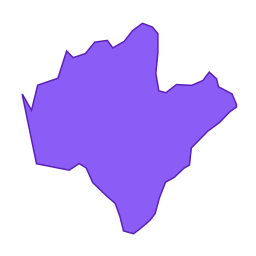 outline of Arboga, Västmanland, Sweden, rotated 93°
{"feature_id": "70781695B70233385943782", "entity_name": "Arboga", "entity_type": "district", "adm_level": 2, "iso_a3": "SWE", "parent_name": "Sweden", "parent_adm1": "Västmanland", "projection": "equal_earth", "projection_center": [15.804, 59.383], "detail": "fine", "context": "isolated", "style": "filled", "palette": "violet", "viewbox_px": 256, "rotation_deg": 93, "n_neighbors": 0, "source": "geoboundaries", "source_scale": "gbopen_adm2", "svg_char_len": 783}
<svg xmlns="http://www.w3.org/2000/svg" viewBox="0 0 256 256"><g transform="rotate(93 128 128)"><path d="M232.7,119.8L233.3,117.0L228.6,111.3L219.0,101.2L211.9,96.4L196.1,93.0L180.2,87.7L174.7,79.1L165.2,70.0L161.8,64.7L144.6,63.7L127.2,48.4L117.7,36.9L106.6,27.3L101.3,20.7L98.9,20.9L88.5,25.9L82.1,39.8L74.2,42.2L67.9,49.8L76.6,55.6L82.1,66.6L82.1,81.9L90.8,92.0L89.2,99.2L71.8,103.1L51.2,102.1L32.2,103.1L25.9,108.9L22.7,119.0L23.0,119.4L30.6,128.6L41.7,136.3L48.8,147.4L41.6,153.2L44.0,165.7L55.9,174.4L60.6,186.5L54.3,193.3L82.0,200.6L89.9,220.4L115.3,225.3L100.2,235.0L100.4,235.3L168.5,217.5L168.7,216.0L173.2,184.6L166.1,174.9L170.0,167.7L184.3,160.4L196.9,145.9L204.0,136.8L216.7,131.5L231.0,127.1L232.7,119.8Z" fill="#8b5cf6" stroke="#5b21b6" stroke-width="1.5"/></g></svg>